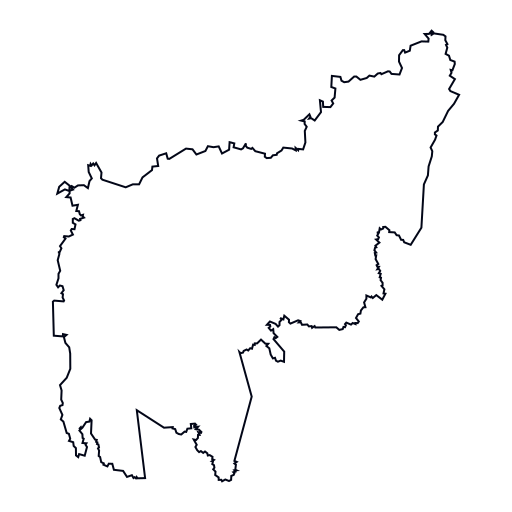 Maulvibazar, Sylhet, Bangladesh
{"feature_id": "16705992B62450131352427", "entity_name": "Maulvibazar", "entity_type": "district", "adm_level": 2, "iso_a3": "BGD", "parent_name": "Bangladesh", "parent_adm1": "Sylhet", "projection": "albers", "projection_center": [91.87, 24.487], "detail": "fine", "context": "isolated", "style": "outline", "palette": "ink", "viewbox_px": 512, "rotation_deg": 0, "n_neighbors": 0, "source": "geoboundaries", "source_scale": "gbopen_adm2", "svg_char_len": 5923}
<svg xmlns="http://www.w3.org/2000/svg" viewBox="0 0 512 512"><path d="M78.2,457.1L79.1,454.1L84.7,455.7L87.0,447.0L85.5,444.7L86.4,443.3L82.5,443.0L83.7,438.7L82.6,438.0L82.4,434.2L79.4,430.5L80.4,429.3L79.7,428.4L80.9,427.1L81.5,428.5L82.4,427.7L86.1,422.1L89.4,421.6L90.1,418.8L91.6,420.3L91.0,433.5L95.1,439.6L96.7,439.9L96.1,441.8L97.4,442.4L97.0,444.0L98.4,444.5L99.0,447.4L98.0,448.4L99.1,450.6L98.7,456.0L100.1,457.0L101.2,462.1L103.8,463.4L103.4,464.7L107.4,466.4L108.8,463.7L112.3,463.8L113.9,469.8L123.1,470.9L127.0,476.9L131.9,475.2L133.5,478.0L134.6,477.2L135.9,478.3L136.6,477.0L137.5,478.3L145.1,478.1L136.8,410.2L164.0,427.7L172.7,427.1L172.5,428.4L175.2,429.1L176.4,432.7L178.7,434.0L181.2,434.5L184.6,431.6L186.2,431.9L187.4,428.7L191.3,428.3L190.8,424.0L195.0,423.6L196.1,424.8L194.1,425.9L194.3,427.4L198.0,426.8L195.9,429.2L199.0,429.7L201.4,432.0L201.0,432.9L198.3,432.2L199.6,434.9L198.0,435.0L197.9,438.0L196.1,440.0L193.7,439.5L196.7,444.8L195.4,447.0L197.2,450.2L199.1,452.1L200.9,451.1L203.2,452.9L205.0,451.5L207.3,453.3L207.8,455.5L209.7,455.1L212.5,456.8L212.2,459.1L213.9,459.9L212.1,461.1L213.0,461.3L212.3,464.1L214.0,465.2L214.4,467.7L213.2,469.3L215.5,471.6L215.2,475.0L218.6,477.4L218.7,479.9L221.3,479.8L222.1,481.3L225.3,479.5L229.0,481.0L231.1,479.9L231.3,475.9L233.7,474.9L234.4,473.2L233.4,472.2L235.4,471.6L234.4,470.3L236.3,470.2L235.3,469.7L235.9,464.7L234.4,463.5L236.7,461.9L234.4,460.9L251.7,396.6L239.4,352.0L240.6,353.2L243.0,352.6L243.7,350.9L246.6,349.5L248.2,350.5L250.2,348.2L252.0,348.7L253.1,344.6L254.7,344.9L254.8,343.4L257.1,343.4L261.0,339.6L265.4,343.7L268.2,343.8L266.4,346.0L269.3,348.3L270.7,354.6L272.9,358.4L275.0,357.8L276.0,360.7L277.9,361.7L280.7,360.6L284.0,361.8L284.2,351.6L273.5,339.1L274.4,337.2L275.7,338.1L277.3,336.9L273.6,333.2L273.2,329.2L271.0,330.6L268.7,327.9L270.3,326.5L270.0,324.9L266.9,324.8L269.9,321.5L275.6,323.9L278.0,326.6L279.5,325.2L279.5,322.0L281.7,319.7L280.2,318.0L283.4,319.4L284.3,315.7L289.0,319.7L288.9,322.2L290.4,323.6L298.1,320.3L300.2,321.0L298.9,322.4L300.8,322.3L302.0,324.8L307.3,324.5L308.9,326.4L311.6,326.1L312.1,327.8L314.6,326.1L315.3,327.5L336.3,327.3L339.3,329.9L342.7,329.1L343.5,326.9L345.0,327.2L345.9,325.2L345.0,324.1L346.3,322.6L351.0,324.6L352.7,323.0L355.5,324.1L355.4,323.0L357.7,323.1L358.8,321.5L356.0,318.0L358.1,314.2L360.4,313.6L360.9,310.5L363.4,307.3L365.4,307.2L364.1,302.4L366.4,298.7L366.4,295.5L370.8,297.4L371.5,296.5L372.8,298.0L376.3,295.1L382.3,299.7L385.4,293.7L383.5,293.4L384.4,289.3L381.5,285.9L382.6,285.3L382.6,282.8L380.6,280.2L381.0,277.7L379.7,277.3L380.7,273.8L378.8,273.2L380.2,270.9L378.8,268.9L377.4,269.2L378.9,266.8L377.3,266.7L376.6,265.2L378.3,264.0L375.6,259.1L376.2,255.4L375.3,255.5L374.8,253.0L376.2,252.6L374.4,250.3L375.1,247.6L376.3,247.3L375.4,245.7L379.4,242.6L376.1,239.5L378.2,239.1L378.9,237.4L377.2,235.6L378.6,233.1L376.9,232.4L379.0,232.3L379.7,228.3L381.0,229.5L383.2,228.5L383.2,227.0L385.4,226.8L389.4,230.2L389.2,232.1L394.7,232.4L396.6,235.2L399.0,235.5L401.1,239.8L403.2,239.9L404.2,242.3L410.7,244.8L421.4,227.7L423.9,184.4L427.9,175.4L428.6,166.4L431.8,156.4L432.3,151.2L430.6,147.5L435.1,139.6L436.5,135.5L434.9,134.4L434.9,132.5L437.8,130.5L438.0,126.6L442.7,122.0L448.1,110.9L454.0,103.8L459.1,94.8L450.4,91.1L449.1,89.0L454.9,79.1L449.8,75.7L451.5,72.8L450.7,69.9L452.4,70.3L454.8,64.0L454.6,61.6L450.3,60.0L449.0,55.7L445.6,53.9L447.3,47.6L446.0,44.9L447.4,44.1L445.3,40.2L445.5,36.4L443.3,34.8L433.8,33.4L431.5,34.9L431.1,33.3L433.0,32.0L431.6,30.7L429.0,33.9L424.7,34.0L428.6,38.6L428.3,41.6L421.5,41.4L410.6,45.7L409.8,50.7L405.1,52.6L404.2,50.1L402.9,50.1L399.1,55.2L399.0,61.6L402.0,68.0L399.5,74.5L391.5,73.9L389.7,71.5L388.0,71.3L381.4,74.2L380.5,73.0L377.8,73.5L374.3,76.6L369.4,75.6L366.7,78.0L360.4,79.8L356.3,76.5L354.2,76.5L348.5,81.6L344.2,82.2L341.5,80.7L340.4,76.9L331.9,75.9L331.3,87.0L335.4,88.5L334.6,97.6L331.6,100.5L333.2,103.5L330.4,107.1L323.2,106.9L322.9,101.6L319.9,100.3L321.0,112.1L314.7,120.5L311.2,118.2L309.1,118.6L310.4,116.7L309.4,114.3L303.7,119.8L301.2,120.6L304.7,121.5L304.6,123.9L306.7,126.8L304.8,130.9L305.4,142.5L303.1,149.4L298.4,148.9L298.2,150.2L295.6,147.9L295.8,150.4L292.1,148.5L283.3,147.6L281.5,150.5L277.0,153.3L276.7,154.8L272.9,155.3L270.8,157.8L266.7,158.1L264.8,156.7L265.0,153.7L255.3,151.2L252.4,147.9L251.2,148.9L247.3,147.7L245.8,146.0L245.9,143.4L243.0,148.3L241.1,149.4L233.6,147.3L234.3,143.4L229.6,142.2L229.1,149.7L222.0,153.5L218.7,146.4L213.5,147.2L207.9,146.2L205.4,151.0L196.4,154.5L192.5,149.3L186.0,148.6L169.3,158.9L167.7,158.7L166.2,153.3L159.1,155.6L157.0,158.4L158.2,166.0L152.4,166.6L152.0,170.1L142.5,177.4L139.1,184.3L132.9,184.3L125.7,187.3L102.4,179.7L101.0,178.2L101.5,172.5L96.1,163.0L94.5,165.3L93.2,163.5L91.6,165.5L90.6,164.0L90.2,165.8L88.2,165.2L88.7,172.0L91.8,178.4L89.5,181.1L87.9,188.1L83.9,185.2L78.0,185.4L74.4,187.7L71.6,186.0L70.5,186.9L73.0,189.6L70.7,190.4L69.4,189.5L69.6,185.7L64.7,181.8L59.2,186.8L57.3,193.6L64.9,189.4L69.6,191.1L69.6,193.4L66.3,197.1L70.6,197.5L72.5,205.7L77.9,204.8L76.3,211.0L79.0,211.2L79.8,214.2L81.0,215.4L83.0,214.8L82.7,216.3L84.0,217.6L80.1,218.9L80.4,220.2L78.8,220.7L74.4,218.2L72.8,219.0L72.8,222.8L75.5,224.4L74.5,229.2L71.7,229.0L70.8,230.5L72.9,234.6L68.8,236.5L64.2,236.1L63.8,237.2L65.5,238.6L60.0,246.1L61.4,248.3L59.7,252.0L58.0,252.3L59.3,252.5L59.4,253.9L57.7,260.2L60.2,270.8L58.5,273.8L58.5,278.3L56.4,284.8L58.1,287.3L59.9,285.5L62.5,286.2L63.7,290.2L61.4,293.2L63.0,294.2L62.6,297.5L64.1,300.5L63.6,301.4L54.2,300.6L52.9,301.7L53.8,335.7L62.8,336.4L63.0,334.1L66.5,334.9L63.9,337.1L65.4,342.9L69.2,347.3L70.2,353.6L70.3,368.8L66.7,377.8L60.0,385.1L61.6,390.5L61.2,399.6L62.8,403.0L62.5,405.1L60.2,405.8L59.3,408.0L62.4,414.9L60.8,419.4L63.4,421.6L66.7,433.0L68.9,433.8L70.2,438.7L69.0,440.9L73.2,442.2L73.7,446.0L75.9,448.1L76.0,455.4L78.2,457.1Z" fill="none" stroke="#020617" stroke-width="2"/></svg>